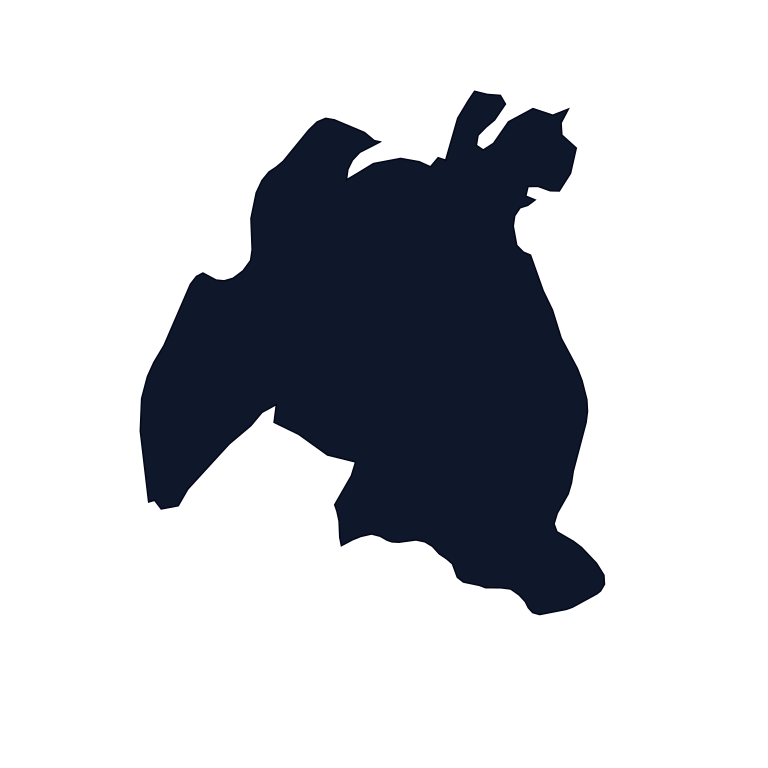 the Prefecture of Saga, rotated 72°
{"feature_id": "JPN-1827", "entity_name": "Saga", "entity_type": "Prefecture", "adm_level": 1, "iso_a3": "JPN", "parent_name": "Japan", "parent_adm1": "", "projection": "natural_earth1", "projection_center": [130.106, 33.248], "detail": "fine", "context": "isolated", "style": "filled", "palette": "ink", "viewbox_px": 768, "rotation_deg": 72, "n_neighbors": 0, "source": "natural_earth", "source_scale": "10m", "svg_char_len": 1850}
<svg xmlns="http://www.w3.org/2000/svg" viewBox="0 0 768 768"><g transform="rotate(72 384 384)"><path d="M152.5,312.8L152.6,313.1L156.2,335.5L161.3,344.8L168.7,352.0L178.2,356.6L175.7,345.2L171.1,325.9L174.6,298.5L183.5,281.8L191.8,272.7L185.5,262.6L190.2,256.2L153.9,231.7L140.3,216.0L133.6,207.4L140.5,196.3L145.5,184.1L155.3,182.0L167.1,197.3L171.2,207.5L176.5,217.7L185.6,222.4L192.1,217.3L189.0,205.5L173.1,184.6L168.1,157.2L180.5,140.5L179.5,123.7L190.4,134.9L202.2,137.9L219.0,128.2L241.3,141.5L254.6,157.6L251.6,166.2L243.7,176.4L240.7,186.0L249.1,191.1L255.6,183.4L258.5,192.0L258.5,200.2L264.4,207.7L273.8,212.3L293.2,214.9L301.6,210.7L306.7,204.8L306.9,204.8L344.6,203.8L365.7,200.9L395.2,201.3L428.9,195.3L442.0,194.6L461.6,195.9L472.9,198.9L483.1,203.7L525.5,231.0L535.9,236.2L545.5,242.8L560.4,259.1L569.6,265.5L577.9,265.2L592.1,252.5L600.4,246.7L620.1,237.3L633.8,233.9L642.6,236.2L647.7,241.9L649.3,246.1L654.5,273.7L654.7,280.0L651.4,307.2L647.4,313.2L641.4,315.9L634.6,316.9L626.4,320.7L618.1,326.9L613.9,335.9L609.1,350.4L605.0,355.5L596.9,369.7L590.5,374.0L576.2,374.5L569.6,378.5L562.7,383.9L553.4,388.1L546.7,393.9L542.2,401.8L539.1,418.7L536.6,425.2L533.6,429.2L527.6,434.7L522.8,442.2L521.8,453.2L522.4,461.9L524.6,474.5L516.3,473.5L500.5,469.1L490.6,468.1L483.6,468.2L461.1,443.3L449.4,435.1L434.1,459.7L405.5,480.7L386.5,500.4L370.2,492.7L373.3,508.9L382.5,523.5L393.2,549.8L423.4,603.1L436.2,617.3L434.0,634.5L423.7,638.1L423.5,644.3L353.4,630.3L322.9,619.0L303.8,606.7L292.4,596.3L279.4,581.4L229.3,537.3L223.7,529.1L222.5,521.9L233.3,511.5L236.5,504.2L236.8,494.8L232.8,483.1L225.3,472.7L215.5,467.9L185.5,459.4L162.6,446.4L152.7,437.1L146.8,427.9L144.5,419.7L141.0,411.0L119.2,377.1L114.1,366.7L113.3,357.4L117.4,349.6L138.8,324.8L149.5,318.1L152.5,312.8Z" fill="#0f172a" stroke="#020617" stroke-width="1.5"/></g></svg>